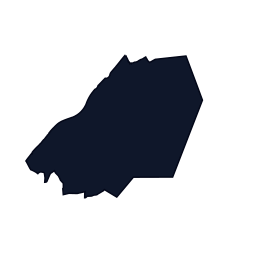 Borsele, Zeeland, Netherlands (Natural Earth projection), rotated 305°
{"feature_id": "6326949B66148717783622", "entity_name": "Borsele", "entity_type": "district", "adm_level": 2, "iso_a3": "NLD", "parent_name": "Netherlands", "parent_adm1": "Zeeland", "projection": "natural_earth1", "projection_center": [3.797, 51.429], "detail": "fine", "context": "isolated", "style": "filled", "palette": "ink", "viewbox_px": 256, "rotation_deg": 305, "n_neighbors": 0, "source": "geoboundaries", "source_scale": "gbopen_adm2", "svg_char_len": 4421}
<svg xmlns="http://www.w3.org/2000/svg" viewBox="0 0 256 256"><g transform="rotate(305 128 128)"><path d="M220.2,134.2L199.9,111.0L199.7,110.9L199.4,110.7L196.0,109.1L194.4,108.3L194.1,108.2L194.2,107.8L194.2,107.3L194.5,105.5L195.2,104.1L195.3,103.9L195.6,103.3L195.6,103.2L195.7,102.9L196.3,101.8L196.0,101.7L195.5,101.4L195.2,101.2L194.9,101.1L194.7,101.0L193.5,100.6L193.3,100.5L192.9,100.3L192.6,100.1L192.4,100.0L191.4,99.2L190.8,98.9L190.2,98.6L188.6,97.9L188.4,97.9L188.2,97.8L187.8,97.7L186.6,96.7L186.3,96.5L186.2,96.4L185.7,95.7L185.4,95.5L184.9,95.2L184.6,95.1L184.4,95.0L184.3,94.9L184.2,94.8L184.1,94.7L182.9,93.8L182.8,93.7L182.7,93.7L182.9,93.4L183.0,93.2L182.9,93.1L182.0,92.4L181.9,92.4L182.3,91.8L182.5,91.5L182.6,91.3L182.8,90.9L182.8,90.6L182.7,90.5L182.5,90.4L182.4,90.4L182.4,90.2L182.5,90.1L182.9,89.9L183.1,89.7L183.3,89.5L183.3,89.4L183.6,88.9L184.0,88.3L184.1,88.2L184.8,86.8L185.4,85.6L185.5,85.5L185.8,85.2L185.6,85.0L185.1,84.6L185.5,83.9L184.7,83.8L182.2,83.6L179.2,83.4L178.7,83.4L174.3,83.1L172.8,83.0L171.8,82.9L170.8,82.9L169.3,82.7L168.4,82.6L166.4,82.4L165.2,82.3L164.4,82.2L163.9,82.2L163.7,82.2L163.4,82.2L163.2,82.2L162.7,82.2L162.5,82.3L162.2,82.4L161.7,82.5L161.1,82.7L161.0,82.9L160.8,82.9L160.7,82.9L160.2,83.0L159.9,83.0L159.7,83.1L159.3,83.1L159.0,83.1L158.8,83.0L158.5,83.0L158.2,82.9L157.6,82.7L157.4,82.7L157.1,82.5L156.9,82.4L156.7,82.3L156.6,82.1L156.4,81.9L156.2,81.8L156.1,81.6L155.8,81.2L155.7,80.8L152.7,80.3L149.3,79.8L147.6,79.5L146.1,79.3L146.0,79.2L145.9,79.2L145.9,79.3L145.8,79.2L145.7,79.2L145.7,79.3L144.9,79.4L144.4,79.5L143.9,79.6L143.4,79.6L142.9,79.6L142.4,79.5L142.1,79.5L141.9,79.4L141.5,79.2L141.0,78.9L140.8,78.8L140.5,78.7L140.0,78.7L139.5,78.6L138.1,78.5L137.1,78.5L136.6,78.4L136.1,78.4L135.1,78.4L134.6,78.4L133.6,78.4L133.2,78.4L132.2,78.5L131.7,78.5L131.2,78.6L130.6,78.6L130.4,78.7L129.7,78.7L128.8,78.9L127.8,79.0L126.4,79.3L125.9,79.4L123.9,79.9L123.4,80.1L122.5,80.2L122.0,80.3L121.5,80.3L121.0,80.4L120.4,80.4L120.0,80.5L119.0,80.5L118.5,80.5L118.4,80.5L118.0,80.5L117.5,80.5L117.0,80.5L116.5,80.4L116.0,80.4L115.5,80.3L115.1,80.3L114.9,80.3L113.5,80.0L113.0,79.9L112.5,79.8L112.0,79.7L111.6,79.5L111.1,79.4L110.6,79.2L110.3,79.1L110.2,79.1L109.7,78.9L108.8,78.5L108.4,78.3L107.5,77.9L106.7,77.5L105.9,77.0L105.6,76.9L104.7,76.2L104.3,75.9L104.2,75.8L103.6,75.4L101.8,74.1L100.7,73.3L99.1,72.2L98.4,71.7L98.0,71.5L97.6,71.2L96.3,70.4L96.0,70.2L95.7,70.0L94.9,69.6L94.5,69.4L94.1,69.2L93.6,69.0L93.2,68.8L92.8,68.6L91.9,68.3L91.5,68.2L91.0,68.0L90.5,67.9L90.1,67.8L89.6,67.7L88.7,67.5L87.7,67.3L85.8,67.0L85.5,67.1L85.4,67.1L85.3,66.9L84.3,66.7L83.3,66.6L82.8,66.5L82.4,66.5L81.9,66.4L80.9,66.3L80.4,66.3L79.9,66.3L78.6,66.2L78.5,66.5L76.0,66.2L75.8,66.1L75.7,66.1L75.4,66.2L74.3,66.1L73.0,66.0L72.5,66.0L72.1,66.0L70.5,65.9L70.1,65.7L69.5,65.6L69.0,65.6L68.2,65.5L65.6,65.4L65.1,65.2L63.6,65.0L62.6,64.9L61.2,64.6L59.2,64.2L58.3,64.1L57.3,63.9L56.8,63.9L56.3,63.8L54.9,63.6L53.9,63.6L53.2,63.5L52.4,63.8L51.9,63.8L52.0,64.2L51.6,64.2L51.6,63.7L50.9,63.6L47.9,63.5L47.1,63.4L44.5,63.3L42.6,63.3L42.5,63.9L42.2,63.9L42.2,64.0L38.7,70.8L38.7,71.0L38.1,72.2L38.5,74.0L38.7,75.2L39.0,77.8L38.9,80.3L39.1,80.3L39.3,80.3L39.6,80.4L39.8,80.4L40.1,80.5L40.3,80.6L40.5,80.6L40.8,80.8L41.1,80.9L41.3,81.1L41.5,81.2L41.6,81.3L41.8,81.5L42.1,81.9L42.2,82.0L42.3,82.3L43.2,84.1L43.3,84.3L43.3,84.5L43.3,84.8L43.2,84.9L43.2,85.1L43.0,85.4L42.9,85.5L42.5,85.9L42.2,86.2L39.5,88.7L35.8,90.9L36.6,91.8L36.8,91.9L36.9,92.0L37.0,92.0L37.4,92.1L37.5,92.2L37.8,92.2L38.1,92.1L45.3,90.6L45.7,90.6L45.9,90.6L46.1,90.6L46.5,90.6L50.8,92.2L50.6,92.6L49.7,94.2L49.3,96.3L48.9,98.4L47.7,100.7L47.5,101.0L46.5,102.7L45.9,105.3L45.6,106.7L42.0,109.3L41.9,109.3L41.7,109.3L41.3,109.3L41.1,109.4L40.9,109.4L40.8,109.5L36.3,113.2L40.7,117.1L41.0,117.6L45.2,123.9L45.3,124.0L51.2,129.3L49.8,130.0L49.3,130.3L48.7,130.7L46.0,132.5L46.2,132.8L46.3,132.9L46.6,133.1L47.0,133.2L47.0,133.3L47.8,133.5L48.4,133.7L48.6,133.8L48.8,133.8L49.1,134.1L49.6,134.9L51.0,136.7L51.2,137.0L51.5,137.2L51.8,137.5L53.0,138.2L53.4,138.5L53.8,138.9L54.9,140.2L55.3,140.5L55.6,140.8L55.9,140.9L56.8,141.2L57.9,141.7L58.7,142.1L60.3,142.8L62.1,143.6L62.4,143.8L62.7,143.9L62.8,143.9L63.1,143.9L63.3,143.9L63.7,143.9L63.9,143.9L64.0,143.9L65.0,158.4L90.8,160.6L106.6,183.0L113.4,192.7L158.4,181.6L193.5,173.0L203.1,159.1L220.2,134.2Z" fill="#0f172a" stroke="#020617" stroke-width="1.5"/></g></svg>